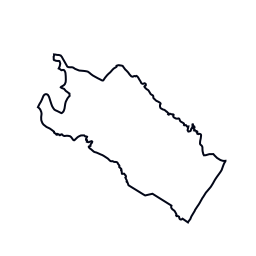 the district of Kaoh Thum, Kândal, Cambodia, rotated 122°
{"feature_id": "14789045B38672734120910", "entity_name": "Kaoh Thum", "entity_type": "district", "adm_level": 2, "iso_a3": "KHM", "parent_name": "Cambodia", "parent_adm1": "Kândal", "projection": "mercator", "projection_center": [105.071, 11.071], "detail": "fine", "context": "isolated", "style": "outline", "palette": "ink", "viewbox_px": 256, "rotation_deg": 122, "n_neighbors": 0, "source": "geoboundaries", "source_scale": "gbopen_adm2", "svg_char_len": 5832}
<svg xmlns="http://www.w3.org/2000/svg" viewBox="0 0 256 256"><g transform="rotate(122 128 128)"><path d="M176.3,27.1L175.4,27.2L173.4,27.0L172.1,26.9L171.1,27.1L170.0,27.3L169.0,27.4L163.0,27.5L162.0,27.7L157.6,27.6L155.7,27.5L153.7,27.5L151.9,27.6L149.8,27.7L148.0,27.8L146.6,27.7L143.2,27.7L141.6,27.7L135.5,26.8L134.0,26.6L130.1,26.6L126.4,26.8L124.8,26.8L122.1,26.7L118.0,26.4L116.1,26.3L114.2,26.3L112.7,26.6L110.0,27.2L108.5,27.5L106.1,27.8L104.8,27.7L104.2,28.0L104.9,28.9L105.6,30.2L106.2,32.6L106.2,36.6L105.8,38.4L105.5,39.8L104.9,41.8L107.1,45.2L109.8,47.6L110.5,48.5L110.9,49.1L110.3,50.2L108.4,52.2L107.3,53.1L104.9,54.7L104.3,55.4L103.9,56.3L103.8,57.0L103.7,57.7L103.3,58.5L102.5,59.0L100.8,59.9L99.4,60.4L98.3,60.8L95.7,62.0L95.0,62.6L94.8,63.2L95.0,64.0L95.3,64.8L96.0,65.2L96.1,66.1L95.6,66.3L95.5,67.1L95.3,67.5L94.9,67.5L94.6,67.3L94.3,67.4L94.3,68.2L95.0,70.5L94.2,70.5L93.8,71.0L93.9,71.7L93.8,72.1L93.4,72.4L93.0,72.6L92.5,72.4L92.0,72.1L91.6,72.6L91.7,73.2L91.4,73.9L91.2,74.2L90.8,74.6L90.5,74.9L90.7,75.2L91.1,75.1L91.4,74.9L91.9,74.4L92.6,74.1L93.5,73.8L95.3,73.9L96.6,73.5L97.2,73.4L98.0,73.8L99.0,74.9L98.8,75.3L98.7,75.7L98.3,76.3L97.0,76.8L96.3,77.0L94.7,77.6L95.4,78.5L95.5,78.8L94.9,80.1L94.9,80.5L95.4,81.1L95.9,81.7L95.8,82.2L95.2,82.4L94.7,82.8L94.5,83.2L94.5,84.6L94.6,86.5L94.6,86.9L94.5,87.3L93.0,89.5L93.1,90.2L94.1,91.3L94.6,92.5L94.7,94.5L94.6,95.1L94.3,95.7L93.6,96.2L92.7,96.2L92.5,96.6L92.6,97.2L93.1,97.9L93.4,98.7L93.5,99.4L93.7,100.1L94.1,100.4L95.0,100.4L95.2,100.7L95.1,101.3L94.7,101.3L94.1,101.8L93.9,102.4L93.8,103.1L93.6,103.9L93.7,104.2L93.6,104.7L93.4,105.6L93.4,106.4L93.4,107.0L93.7,107.8L93.8,108.4L93.9,110.4L93.8,111.1L93.5,111.5L92.9,112.2L91.5,113.1L90.6,113.1L90.0,113.3L89.8,113.6L89.6,114.6L89.7,116.3L89.7,117.1L89.9,117.9L89.9,118.6L89.8,119.2L89.5,120.5L89.3,121.7L89.1,122.3L88.7,122.7L88.2,123.0L87.5,123.6L87.2,124.3L87.2,124.7L87.3,125.7L87.2,126.8L86.4,128.3L85.4,130.3L85.2,131.0L85.2,132.7L85.0,133.9L84.8,134.7L84.4,135.8L84.1,136.1L83.4,136.0L82.9,135.6L82.1,135.6L81.3,136.3L81.2,136.8L81.2,137.3L81.3,137.7L82.6,138.7L82.9,139.2L82.9,140.2L82.7,140.9L82.0,141.8L80.8,144.3L79.8,146.1L79.5,147.0L79.3,148.1L79.4,148.6L79.7,148.8L80.2,149.0L80.4,149.8L80.7,150.3L81.1,150.6L81.4,150.7L81.9,151.1L82.2,151.6L82.4,152.7L81.7,155.2L81.3,156.1L81.0,156.8L80.6,158.0L80.0,160.4L79.9,161.2L79.0,163.5L78.2,165.4L78.4,166.3L79.0,167.7L79.3,168.2L79.4,168.7L79.9,169.5L80.2,169.8L80.5,170.0L80.8,170.3L81.3,170.7L82.0,170.2L82.5,170.3L85.1,171.6L86.7,172.0L88.6,172.3L90.3,172.6L92.2,173.2L94.4,173.7L97.6,174.1L100.7,174.2L101.3,174.9L101.5,175.8L101.5,176.8L101.8,179.8L102.0,183.3L102.1,185.7L101.9,188.2L101.6,190.0L101.5,191.9L101.9,193.2L102.5,194.6L103.2,196.1L105.1,199.8L105.5,201.9L105.9,204.3L105.8,206.4L106.2,207.8L107.1,209.1L108.0,210.9L108.1,212.0L106.3,215.3L105.2,217.3L104.0,219.6L102.8,221.7L102.2,223.5L102.4,224.2L102.7,225.3L103.6,226.9L104.2,228.5L104.8,229.7L105.4,229.2L106.0,229.0L107.1,228.8L107.8,228.2L109.1,227.4L109.5,227.0L109.6,226.5L109.4,226.1L109.3,225.6L109.2,224.8L108.5,223.3L107.8,222.2L107.6,221.7L107.7,221.3L108.6,220.4L108.9,219.9L109.4,219.5L110.6,219.1L111.6,218.7L112.6,218.5L113.4,218.4L114.3,218.3L114.1,216.9L114.3,215.1L113.9,214.6L113.3,214.1L112.8,213.3L113.0,212.3L113.4,211.6L113.9,210.8L114.6,210.1L117.0,208.3L120.0,206.3L122.1,205.2L124.4,204.8L125.7,205.1L127.2,205.8L128.4,206.5L129.1,206.6L129.2,206.2L129.1,204.8L128.9,204.1L128.7,203.1L129.0,201.9L129.4,200.9L129.6,199.8L129.6,198.8L129.8,196.7L129.8,195.9L130.6,195.4L131.7,194.5L133.6,194.9L135.1,195.0L138.6,194.7L140.6,194.1L145.0,192.2L146.4,191.8L148.2,191.5L150.0,191.9L150.7,192.4L151.1,196.8L151.4,198.8L151.4,200.2L150.7,202.0L149.7,203.9L148.4,205.6L145.8,208.7L144.4,210.3L143.3,211.7L142.4,213.4L142.4,214.6L142.7,215.4L143.1,215.9L144.0,216.5L145.0,216.7L145.9,216.7L149.2,216.1L152.0,215.8L154.1,215.8L156.4,215.6L158.1,215.4L158.1,214.8L158.5,213.0L159.1,211.8L160.5,209.9L161.8,208.8L164.8,207.4L167.2,205.8L168.2,204.6L169.3,203.0L169.9,201.4L170.1,199.4L170.3,197.7L169.9,194.1L170.0,192.0L170.3,188.8L170.9,188.5L171.1,187.9L171.3,187.6L171.2,187.2L171.1,186.6L171.2,186.1L171.5,185.5L171.6,185.1L171.3,184.7L170.8,185.1L170.5,185.0L170.3,184.4L170.1,182.9L170.4,182.3L170.1,181.8L169.5,181.6L169.0,181.4L168.5,180.9L168.4,180.4L168.7,179.9L168.7,178.5L168.5,177.7L167.0,175.8L166.5,174.9L166.1,174.0L165.7,172.8L165.8,171.6L166.1,170.7L167.1,168.3L167.1,168.0L167.1,167.6L167.0,167.2L166.5,166.9L162.6,165.9L161.5,165.4L160.5,164.8L159.3,164.0L158.6,163.0L157.5,161.3L157.8,159.9L157.4,159.2L157.2,158.6L157.1,158.1L157.8,157.9L158.7,157.9L159.6,157.8L160.3,157.3L160.5,156.7L160.1,156.2L160.4,155.9L160.9,155.8L161.5,155.6L161.4,155.1L161.2,154.4L161.0,154.0L158.5,152.0L158.4,151.4L158.6,151.0L159.7,150.8L161.4,151.0L162.2,150.9L163.0,150.3L163.5,150.6L164.2,151.3L164.6,151.4L165.0,151.1L165.4,150.1L165.6,148.9L165.6,148.1L166.2,144.4L166.0,143.2L165.6,142.0L165.4,140.9L164.9,137.2L164.6,135.6L164.5,133.9L164.6,128.9L165.2,126.3L165.3,125.4L165.2,124.9L164.9,124.3L164.4,123.7L164.3,123.4L164.2,122.7L164.1,121.8L163.3,120.4L163.1,120.0L162.9,119.3L163.0,118.5L163.7,117.4L164.4,115.5L164.8,115.1L165.4,115.0L165.8,114.7L166.2,112.2L166.5,111.7L167.4,111.6L167.7,111.3L167.7,110.7L168.9,109.8L169.7,109.2L170.0,108.7L169.6,108.1L169.2,107.7L168.8,107.0L169.4,105.5L169.5,104.8L170.5,103.8L171.4,104.0L172.2,102.8L172.7,102.0L173.0,101.4L173.5,100.9L174.2,100.8L174.4,100.5L174.2,99.9L176.3,97.2L176.2,79.6L176.1,77.7L170.8,72.4L170.8,50.0L172.1,49.6L172.7,49.0L173.1,48.2L173.4,47.3L173.6,44.8L174.0,43.9L174.7,42.6L175.6,41.1L176.6,40.9L177.0,40.1L176.4,39.3L176.2,38.7L176.2,37.7L177.2,36.7L177.6,36.2L177.8,35.5L177.6,34.6L177.1,34.1L176.0,33.7L176.3,27.1Z" fill="none" stroke="#020617" stroke-width="2"/></g></svg>